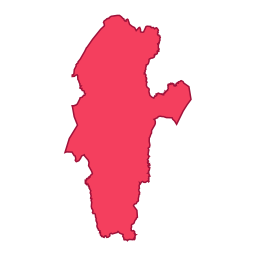 outline of Tarkwa Nsuaem, Western, Ghana
{"feature_id": "2480657B19905724513669", "entity_name": "Tarkwa Nsuaem", "entity_type": "district", "adm_level": 2, "iso_a3": "GHA", "parent_name": "Ghana", "parent_adm1": "Western", "projection": "natural_earth1", "projection_center": [-2.01, 5.137], "detail": "fine", "context": "isolated", "style": "filled", "palette": "rose", "viewbox_px": 256, "rotation_deg": 0, "n_neighbors": 0, "source": "geoboundaries", "source_scale": "gbopen_adm2", "svg_char_len": 5746}
<svg xmlns="http://www.w3.org/2000/svg" viewBox="0 0 256 256"><path d="M188.9,86.7L183.8,83.1L183.0,81.6L181.3,80.7L180.6,80.9L180.3,81.4L178.4,81.9L178.0,82.7L178.1,83.0L177.3,82.8L176.9,83.4L176.4,83.4L176.0,84.2L176.3,85.4L175.9,85.3L175.3,86.0L174.5,85.9L174.9,85.1L173.7,85.0L173.7,84.0L173.1,84.0L172.4,84.5L172.9,83.6L172.3,83.3L171.3,83.4L171.1,83.9L170.8,83.5L170.5,84.2L170.0,84.4L169.6,83.9L168.1,84.4L168.0,85.1L168.3,85.3L167.9,85.8L168.3,86.2L168.0,87.2L168.3,88.5L167.6,89.6L167.6,90.2L166.9,90.5L166.6,91.2L165.6,91.5L165.3,91.3L165.5,92.4L165.0,92.8L164.5,92.6L164.5,93.1L164.1,93.2L163.9,94.0L163.5,94.1L163.5,94.4L163.0,94.0L162.8,94.7L162.5,94.6L161.6,94.3L161.4,93.9L160.2,93.9L158.2,93.1L157.9,93.6L156.1,94.0L156.1,94.4L156.6,94.4L156.8,95.1L155.5,96.3L154.8,96.0L153.8,98.1L151.7,97.1L149.9,95.4L148.9,91.6L149.2,89.8L148.9,88.6L147.1,87.2L146.4,85.6L146.5,82.9L147.0,82.2L146.2,81.5L146.5,81.1L146.1,80.4L146.4,79.1L146.7,78.9L146.2,78.3L146.4,77.6L145.7,77.0L145.6,75.9L146.0,75.1L145.1,73.8L144.3,73.9L144.3,72.8L145.2,71.9L145.0,70.7L145.9,69.2L145.6,68.1L146.2,66.2L146.1,65.1L146.4,64.7L147.5,64.6L148.4,63.3L149.1,60.9L149.0,59.6L149.3,59.1L149.7,58.8L150.0,58.9L150.9,58.2L152.7,58.0L154.2,57.1L154.5,56.4L154.3,55.5L154.3,55.2L154.9,55.1L154.9,54.4L155.3,54.2L155.9,54.4L157.3,53.6L157.2,51.2L157.7,50.9L158.3,51.5L158.8,51.3L158.5,49.6L159.0,49.5L159.0,49.0L158.9,48.5L158.3,48.1L158.4,44.9L157.8,44.4L157.7,43.8L159.0,43.6L158.8,42.6L159.3,42.4L159.5,40.9L159.9,40.5L159.9,39.2L159.7,38.7L160.3,37.3L159.7,36.5L159.8,36.0L158.9,35.7L158.8,35.0L157.9,35.0L157.6,34.5L157.6,33.2L158.2,32.6L157.7,31.8L158.4,30.6L158.0,29.5L156.6,27.8L156.1,27.8L154.6,28.8L153.4,27.5L151.7,27.7L150.7,27.1L150.7,26.5L147.1,26.2L146.0,26.6L143.6,32.0L142.2,32.3L140.6,31.8L140.5,29.3L139.7,27.4L139.0,27.6L136.2,30.6L134.6,27.6L132.2,26.4L129.6,24.4L128.0,19.6L127.4,19.2L126.1,19.9L126.0,21.2L124.8,20.9L124.1,20.0L123.8,18.8L122.8,18.4L121.5,16.9L119.5,15.4L117.3,15.4L111.2,16.3L109.8,17.2L108.9,18.4L108.2,18.2L107.8,18.7L106.8,18.8L106.2,19.5L104.1,21.0L103.5,22.6L104.1,23.4L104.4,25.8L100.8,29.1L92.5,39.4L87.1,47.2L86.5,47.7L84.6,51.6L80.2,59.2L78.0,61.9L78.0,62.7L77.7,63.3L76.9,63.6L76.7,64.2L76.0,64.8L76.2,65.9L74.3,69.6L73.9,73.8L73.3,74.6L72.2,75.0L72.2,76.5L74.5,76.3L75.1,75.6L76.6,74.9L77.2,74.9L77.6,75.4L77.9,79.5L78.6,80.5L79.3,82.8L79.9,83.7L79.9,85.1L80.2,86.1L81.0,86.1L80.2,87.1L79.9,88.0L80.3,88.4L81.8,88.5L81.6,89.2L82.3,90.5L83.5,90.7L84.2,91.2L84.4,93.0L85.4,93.7L84.7,95.3L83.6,95.3L82.3,97.1L80.0,97.9L79.8,99.0L77.2,104.2L76.4,104.5L75.8,105.3L75.1,105.2L73.8,105.9L73.3,105.7L72.1,105.8L72.5,107.1L74.2,116.7L77.5,125.1L69.3,138.5L65.0,152.5L66.6,151.9L72.0,152.1L74.2,155.6L75.1,156.0L75.3,156.4L75.8,159.3L75.2,160.1L76.0,161.5L76.4,161.7L78.8,160.7L80.5,158.4L81.6,156.0L84.2,154.8L84.4,155.7L88.2,160.2L89.0,162.5L88.6,165.7L91.6,171.2L92.4,173.4L91.8,174.5L91.4,174.5L90.2,175.9L90.1,176.9L89.3,176.8L89.2,177.5L88.9,177.3L88.8,177.8L88.0,178.0L87.9,178.7L86.8,178.6L86.4,179.2L86.6,179.8L86.2,179.9L86.0,180.9L85.3,180.5L85.3,182.5L85.7,182.9L85.4,183.3L86.2,184.1L86.5,183.8L86.5,184.1L86.8,184.1L86.9,184.6L87.9,184.2L88.1,185.2L88.6,185.7L88.5,186.2L89.1,186.4L89.3,187.0L89.0,187.9L89.7,188.3L89.8,189.3L90.8,190.6L90.2,193.0L90.8,193.7L90.8,194.8L91.2,195.8L90.6,198.3L91.0,198.8L91.7,198.7L91.7,199.3L91.1,200.4L91.7,202.3L91.3,206.4L91.8,208.7L92.3,209.0L92.8,210.2L92.9,211.6L92.4,212.4L93.1,213.6L94.1,213.4L94.8,213.7L95.3,214.5L95.6,217.4L96.2,218.4L96.0,220.0L96.3,221.4L96.9,222.1L96.8,222.7L97.3,223.9L96.9,225.9L97.1,226.9L97.6,228.2L98.1,228.6L98.4,230.0L100.0,230.9L99.6,232.7L100.4,232.6L100.5,235.0L101.2,235.7L101.7,235.7L101.7,236.5L103.5,236.8L103.6,237.2L104.1,237.4L105.0,235.9L105.8,235.8L106.8,237.4L108.1,237.2L109.9,235.8L109.6,234.6L110.3,233.6L111.2,233.3L112.2,233.9L117.2,232.5L118.0,231.5L119.8,233.2L123.1,234.5L122.8,236.4L123.7,237.7L124.0,239.7L125.0,239.9L125.7,239.5L127.2,240.3L127.4,240.6L128.1,239.7L128.7,239.8L129.2,239.4L133.0,239.7L133.4,239.0L134.3,239.6L135.0,238.8L134.8,238.0L135.0,237.5L134.5,237.3L135.0,236.6L135.3,235.2L135.8,234.8L135.4,234.8L135.3,234.5L135.1,234.8L134.9,234.7L135.0,233.5L134.3,233.1L134.6,232.4L134.6,231.6L133.5,230.6L132.2,230.9L131.2,230.5L131.3,229.3L131.0,228.4L131.6,227.0L131.4,225.5L131.7,224.5L133.2,223.8L134.0,223.1L134.9,220.5L136.2,219.0L136.4,218.0L137.4,217.3L136.9,210.3L133.6,206.0L133.5,205.5L134.5,204.1L136.3,203.5L137.0,201.9L138.0,201.4L138.4,200.5L138.3,198.7L138.9,195.8L138.9,194.9L139.6,194.1L139.4,193.5L139.7,192.6L139.0,191.1L138.7,189.5L139.4,188.5L139.1,185.7L139.8,183.8L139.7,183.2L140.3,183.9L141.4,182.1L142.4,181.5L142.9,181.5L143.8,182.3L145.3,182.4L147.5,181.1L148.2,181.1L148.6,181.8L149.0,181.4L148.9,181.0L148.6,180.9L148.9,178.9L148.5,178.7L148.9,177.6L148.6,176.9L149.0,176.3L149.7,176.2L149.4,175.7L149.6,175.3L149.1,174.6L148.8,173.4L148.1,173.2L148.5,173.0L148.4,172.2L148.8,172.0L148.6,170.8L149.2,170.3L149.7,167.9L149.8,167.4L149.6,167.2L148.6,167.3L148.0,165.7L148.6,165.1L149.3,165.4L149.9,165.1L149.6,164.5L149.1,164.3L149.3,163.6L148.2,163.7L147.7,163.1L148.1,162.3L147.6,162.0L148.5,161.1L147.4,159.7L148.5,158.1L148.9,156.7L149.4,156.3L148.5,155.6L147.9,154.4L148.2,154.2L148.2,152.8L148.6,151.9L148.3,151.0L148.8,150.6L148.7,149.3L148.2,148.6L148.4,147.8L149.5,147.1L149.9,145.1L149.2,141.5L149.3,137.7L149.9,137.0L150.7,134.4L151.5,133.2L151.6,130.4L154.9,124.7L155.3,123.2L155.3,121.6L154.9,120.3L154.0,119.3L155.4,118.8L156.1,118.2L157.5,117.8L158.3,116.6L160.2,116.2L162.2,116.6L163.5,116.6L166.4,117.6L172.1,117.8L172.7,119.2L174.6,121.0L176.6,124.3L183.2,110.9L187.2,104.6L191.0,99.4L188.9,86.7Z" fill="#f43f5e" stroke="#9f1239" stroke-width="1.5"/></svg>